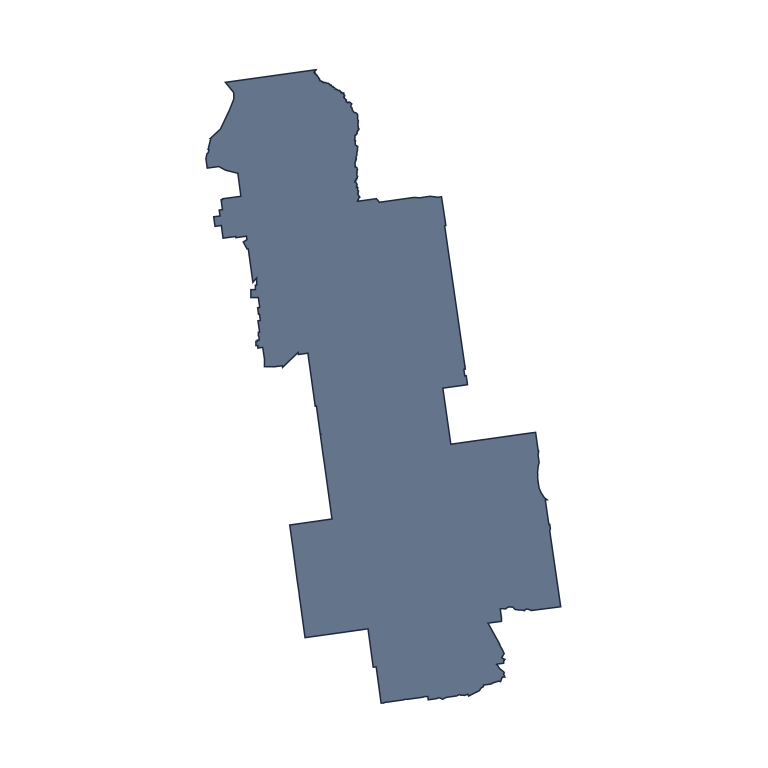 the district of Yarriambiack, Victoria, Australia, rotated 172°
{"feature_id": "25037944B93002214322562", "entity_name": "Yarriambiack", "entity_type": "district", "adm_level": 2, "iso_a3": "AUS", "parent_name": "Australia", "parent_adm1": "Victoria", "projection": "albers", "projection_center": [142.438, -36.026], "detail": "fine", "context": "isolated", "style": "filled", "palette": "slate", "viewbox_px": 768, "rotation_deg": 172, "n_neighbors": 0, "source": "geoboundaries", "source_scale": "gbopen_adm2", "svg_char_len": 5989}
<svg xmlns="http://www.w3.org/2000/svg" viewBox="0 0 768 768"><g transform="rotate(172 384 384)"><path d="M431.3,68.4L428.7,68.1L427.4,68.6L424.5,68.5L408.2,68.5L406.9,69.0L405.3,68.5L389.3,68.4L387.1,68.8L384.1,68.4L384.2,65.1L375.4,65.1L373.8,65.8L371.8,65.1L370.1,63.7L369.1,63.9L365.9,65.0L355.4,65.0L352.5,66.0L351.1,65.0L349.7,65.0L347.8,64.4L345.4,64.8L344.3,65.2L343.6,63.2L332.1,67.1L330.5,69.2L327.7,70.5L327.4,72.0L319.7,72.0L318.2,72.7L312.0,73.8L310.0,73.0L307.8,77.1L305.1,77.0L306.0,80.1L305.1,81.2L305.4,82.2L309.0,85.9L310.8,89.8L311.5,90.7L310.9,90.9L304.4,90.8L303.9,93.5L303.5,93.4L303.0,94.2L302.6,94.5L303.4,94.9L305.5,96.5L302.5,100.4L304.0,105.0L306.0,110.0L305.6,110.2L309.0,119.0L314.3,132.7L300.7,132.6L300.4,135.0L300.2,135.4L300.2,145.1L298.3,145.1L294.7,144.3L293.6,145.2L291.4,145.9L287.6,145.1L287.0,144.5L285.9,142.8L285.2,142.4L281.9,141.4L278.4,140.8L276.6,139.9L275.1,141.2L273.3,141.2L269.8,139.5L269.8,139.2L240.0,138.8L240.3,215.6L239.4,217.5L239.4,221.9L240.3,221.9L240.4,246.7L238.6,246.7L241.0,249.0L243.1,253.4L244.2,256.7L244.9,259.4L245.0,266.1L244.9,269.8L244.3,273.3L244.4,274.4L242.8,281.0L241.3,284.7L241.3,292.1L240.1,296.2L240.2,296.4L240.6,296.4L240.6,315.0L246.1,315.1L326.2,315.1L326.3,371.7L301.4,371.7L301.4,380.6L301.5,380.8L302.9,380.8L302.9,387.4L301.4,387.4L301.4,389.9L301.2,390.3L301.2,390.8L301.4,391.2L301.5,411.4L301.9,532.2L300.7,532.4L300.7,536.5L301.0,561.4L303.9,561.4L304.8,561.5L312.3,563.5L322.8,563.4L328.2,564.6L363.2,564.6L365.8,568.6L384.8,568.6L384.8,568.9L384.4,569.3L383.7,569.7L383.7,570.1L383.9,570.4L383.7,570.7L383.5,570.9L383.3,571.4L381.9,572.4L382.3,573.0L382.7,573.3L382.7,573.9L383.0,574.7L383.8,576.0L383.7,576.2L382.8,576.9L382.8,577.7L382.4,578.4L382.4,578.9L382.6,579.2L383.0,579.2L383.2,579.9L382.9,581.3L382.6,582.0L383.2,582.2L383.4,582.6L383.8,582.5L384.0,582.7L384.0,582.8L383.1,583.4L383.1,583.6L383.3,584.6L382.9,585.4L383.1,585.6L383.1,586.1L383.7,587.4L383.8,588.1L384.3,588.4L384.7,588.3L384.1,589.5L383.6,589.6L383.1,589.9L382.7,590.0L382.7,590.3L383.0,590.6L383.1,590.9L382.8,591.3L381.9,591.5L381.7,592.0L381.6,592.7L381.2,593.3L381.6,593.7L381.9,594.7L381.9,595.2L381.3,596.6L381.5,597.4L381.0,598.2L381.1,599.0L380.3,600.1L380.7,600.9L380.7,602.0L381.2,602.5L381.8,602.8L382.3,602.7L382.5,602.9L382.5,603.2L382.1,603.7L382.1,604.3L382.2,604.9L381.9,606.2L381.9,607.3L381.7,607.9L381.1,608.3L380.8,609.9L380.3,610.0L380.4,610.7L379.9,611.0L380.2,612.4L380.0,613.0L379.3,613.9L378.8,615.3L378.8,616.3L378.6,616.6L378.6,617.2L377.8,618.7L377.8,619.5L377.5,620.4L377.5,620.9L377.3,621.4L377.2,622.1L376.9,622.8L377.1,623.1L378.0,623.4L378.1,623.8L378.8,624.3L379.0,624.8L379.1,625.4L378.9,626.5L378.9,627.5L378.7,628.1L378.3,628.6L378.4,628.9L379.2,629.5L379.3,629.9L378.7,630.4L378.7,631.4L378.4,632.0L378.4,633.8L378.1,633.9L377.9,634.4L376.9,634.6L376.4,635.4L375.6,635.8L375.5,636.1L375.8,637.0L375.7,637.5L375.3,638.0L374.7,638.1L374.5,638.3L374.6,638.9L374.4,639.1L373.6,639.3L373.3,640.1L373.3,640.4L373.8,640.9L373.8,641.4L373.6,642.1L373.8,642.5L373.9,642.8L373.6,643.5L373.7,645.3L373.0,646.4L373.2,647.1L372.7,648.4L372.8,648.6L373.1,648.9L373.1,649.6L373.3,650.5L372.9,652.0L372.7,652.6L372.9,653.4L372.6,654.4L373.4,655.8L373.7,656.2L374.8,656.7L375.3,656.7L375.8,657.0L376.4,658.3L377.1,659.2L377.2,660.2L377.3,660.6L377.2,661.2L377.3,661.8L377.5,662.3L378.2,663.0L378.1,664.1L377.8,664.7L376.9,665.8L377.0,666.1L377.8,666.7L378.0,667.1L378.6,667.8L379.2,667.7L379.6,668.1L380.2,667.7L380.7,667.5L381.0,667.7L381.2,668.2L381.9,668.5L381.7,669.1L382.3,669.7L381.7,670.5L382.5,671.2L383.4,672.5L383.5,673.1L384.0,673.4L384.0,673.7L383.5,673.8L383.4,674.7L382.8,674.9L382.9,675.6L383.6,676.2L383.7,676.5L383.2,677.6L384.0,678.0L384.6,677.8L385.0,678.4L385.3,678.2L386.0,678.2L386.2,678.5L385.8,679.0L385.9,679.3L386.7,679.9L386.9,680.2L386.8,680.6L387.6,681.1L388.4,680.9L388.8,681.2L389.0,681.7L389.6,682.0L389.9,682.5L390.5,682.4L390.5,682.7L391.5,683.0L391.6,684.1L392.0,684.4L392.7,684.9L393.1,685.0L393.3,685.3L393.2,685.7L393.9,685.8L394.4,686.3L394.6,687.2L394.8,687.5L395.1,687.5L395.3,687.4L395.8,687.6L395.7,688.0L395.9,688.2L396.6,688.7L397.2,689.5L397.8,689.7L398.7,689.7L399.7,690.6L400.9,690.9L401.0,691.0L401.5,691.0L402.0,690.7L402.4,691.0L402.1,691.3L402.6,691.8L403.1,692.2L403.5,692.2L403.5,692.4L404.1,692.7L404.4,693.0L405.1,693.1L405.1,693.5L405.4,693.9L405.3,694.3L405.5,694.6L405.4,695.2L405.9,695.5L406.0,696.2L406.4,696.5L406.6,697.5L407.2,698.1L407.2,698.5L407.4,698.7L407.4,699.1L407.8,699.4L407.9,699.8L408.2,700.0L408.5,700.6L408.9,701.1L409.1,701.1L409.4,700.9L409.5,701.0L409.5,701.6L409.3,701.8L409.3,702.0L409.5,702.1L409.1,702.3L409.4,702.7L409.5,703.5L409.2,703.6L409.1,703.8L408.7,703.7L408.5,704.0L408.1,703.9L407.5,704.7L499.1,704.8L492.3,693.6L493.0,687.2L498.7,677.2L510.5,659.2L521.3,651.7L521.2,651.7L525.5,641.0L525.3,641.0L524.8,640.3L526.0,637.3L527.2,636.8L529.0,632.0L529.0,622.4L517.3,622.3L516.8,622.0L511.1,617.7L499.4,613.0L499.6,589.8L518.1,589.9L518.2,589.1L519.7,589.1L519.7,579.2L523.0,579.2L523.0,573.2L529.4,573.3L529.4,563.6L523.0,563.6L523.1,550.8L510.3,550.7L510.3,549.5L499.6,549.5L499.7,546.0L503.6,544.2L500.8,536.7L499.6,536.6L499.7,502.9L495.4,506.7L496.3,499.7L497.6,499.8L498.2,495.4L502.7,496.0L503.8,488.1L496.4,487.1L496.4,477.1L498.5,477.1L498.6,470.6L497.6,470.6L497.6,464.1L500.0,464.2L500.0,452.6L501.2,452.7L501.7,449.5L501.2,447.4L501.6,444.8L503.4,445.1L503.6,443.9L504.9,444.1L505.5,439.8L503.6,439.5L504.0,437.2L498.6,437.1L499.0,436.9L498.9,425.2L500.0,417.8L490.0,416.3L482.1,416.2L482.1,414.6L464.7,427.2L464.7,425.1L455.1,425.1L455.2,371.6L454.0,371.6L454.1,344.1L453.7,343.4L452.8,342.9L454.1,343.0L454.2,321.7L454.1,314.9L454.3,257.6L497.0,257.5L497.0,233.0L497.3,202.7L497.2,188.4L497.4,184.0L497.3,183.1L497.4,182.9L497.3,181.0L497.4,166.6L497.5,166.3L497.4,165.8L497.5,143.8L433.9,143.8L434.1,105.1L431.1,104.9L431.3,68.4Z" fill="#64748b" stroke="#1e293b" stroke-width="1.5"/></g></svg>